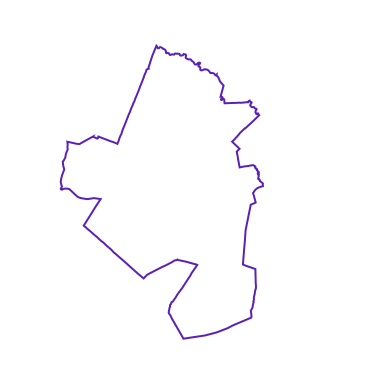 Traian Vuia, Timis, Romania (orthographic projection), rotated 49°
{"feature_id": "2599482B91559733005847", "entity_name": "Traian Vuia", "entity_type": "district", "adm_level": 2, "iso_a3": "ROU", "parent_name": "Romania", "parent_adm1": "Timis", "projection": "orthographic", "projection_center": [22.019, 45.79], "detail": "fine", "context": "isolated", "style": "outline", "palette": "violet", "viewbox_px": 384, "rotation_deg": 49, "n_neighbors": 0, "source": "geoboundaries", "source_scale": "gbopen_adm2", "svg_char_len": 5807}
<svg xmlns="http://www.w3.org/2000/svg" viewBox="0 0 384 384"><g transform="rotate(49 192 192)"><path d="M146.4,295.8L146.9,295.8L148.4,295.4L150.6,295.2L154.8,294.5L160.6,293.8L163.6,293.2L166.0,293.1L170.7,292.4L171.6,292.1L173.3,291.9L176.5,291.7L182.1,290.8L185.8,290.7L191.9,289.8L202.0,288.4L211.9,287.2L215.5,286.7L218.0,286.4L225.5,285.2L225.1,280.9L225.1,280.1L225.5,278.0L228.8,264.5L230.3,259.4L231.8,253.1L232.2,250.1L233.2,248.6L233.4,247.4L233.7,247.4L234.2,247.1L241.1,241.9L241.8,241.5L248.0,237.4L249.7,236.2L250.5,235.9L252.1,242.1L253.0,245.7L253.8,247.5L254.2,248.8L254.6,250.4L258.2,263.0L258.4,264.0L259.1,267.4L259.5,269.0L259.8,270.4L261.0,274.0L261.2,275.0L262.0,277.9L262.1,278.5L262.0,278.9L261.8,279.1L261.7,279.6L261.7,279.9L262.5,280.9L262.8,281.4L262.7,282.2L263.2,283.0L264.2,283.7L264.3,284.3L264.5,284.8L266.2,286.7L266.2,287.0L266.8,287.7L267.9,288.8L268.6,289.0L271.8,289.4L273.8,290.1L297.1,294.7L300.5,289.3L307.6,278.2L308.8,276.3L314.2,265.4L318.2,254.2L318.9,251.3L319.1,250.3L320.1,246.7L325.7,229.7L324.2,228.1L320.2,225.5L318.9,222.1L317.1,220.0L316.4,219.0L315.6,217.7L315.3,217.5L314.9,217.5L314.0,216.0L312.8,215.1L311.7,213.9L310.2,211.7L308.3,209.6L306.7,207.2L306.4,206.7L303.8,204.5L303.2,204.2L291.7,194.7L283.9,199.2L280.3,201.1L280.1,201.1L268.2,189.0L264.7,185.3L255.9,176.5L254.0,174.0L240.2,156.1L240.2,155.8L241.7,151.1L241.7,150.8L235.9,148.0L234.5,147.3L233.6,147.0L232.8,146.6L232.8,146.4L232.0,143.4L231.9,142.4L231.9,140.8L232.0,140.3L232.5,138.3L234.1,134.6L232.9,133.8L232.4,133.1L232.0,132.9L231.9,132.9L228.3,133.5L227.8,133.1L226.4,133.3L226.3,133.2L226.3,132.9L225.9,132.9L225.5,133.3L224.5,132.4L224.3,132.1L224.1,131.5L223.7,131.2L223.4,130.9L223.2,131.0L223.0,130.9L223.0,130.5L222.8,130.2L222.6,130.1L222.3,130.0L221.7,130.5L221.5,130.4L221.8,129.8L221.8,129.5L221.4,129.1L221.3,129.5L221.2,129.6L220.6,129.4L220.7,128.9L220.5,128.7L219.9,128.8L219.2,128.7L218.8,128.4L218.2,128.7L217.6,128.1L217.0,127.9L216.2,128.5L215.8,128.4L215.6,128.4L215.4,128.3L215.0,128.4L214.9,128.3L214.8,127.8L214.5,127.5L213.9,127.5L212.9,127.9L212.2,128.0L211.6,128.5L211.3,129.0L210.9,129.8L209.8,131.3L209.4,132.4L207.8,134.6L205.6,138.2L205.6,138.4L205.2,139.0L204.7,139.9L197.0,135.4L195.0,134.1L190.9,131.8L190.6,127.8L180.4,128.7L180.1,124.8L179.5,120.0L178.9,116.7L178.6,110.2L178.9,110.0L178.6,99.7L178.1,90.9L177.4,90.9L176.3,91.0L176.2,90.9L176.3,90.8L176.4,90.6L176.2,90.5L175.7,90.9L175.8,91.7L175.7,92.1L175.5,92.3L174.2,91.9L173.7,91.9L173.2,91.7L172.5,90.5L172.4,90.3L172.2,89.5L172.0,89.1L171.8,88.9L171.5,88.9L171.1,89.0L170.5,89.5L170.1,89.7L169.8,89.7L168.7,89.5L168.1,90.0L167.9,90.3L167.8,90.6L167.4,91.0L166.9,91.3L165.1,91.4L164.7,91.2L164.4,90.7L164.2,90.2L164.0,89.1L163.8,88.6L163.5,88.3L163.2,88.2L162.8,88.5L162.4,88.8L161.7,89.1L161.2,89.0L161.1,88.6L160.9,88.5L160.7,88.9L160.6,89.4L160.7,90.2L160.6,90.8L160.9,91.0L160.1,91.9L156.5,96.9L155.3,98.0L154.8,98.8L152.6,101.6L151.6,102.7L151.1,103.4L146.4,109.2L145.9,108.9L145.5,108.5L145.0,108.2L143.6,107.2L143.1,107.0L142.4,107.0L142.1,107.3L142.0,108.0L142.1,108.6L142.1,109.1L141.9,109.4L141.7,109.5L141.2,109.5L141.0,109.3L141.2,108.1L141.2,107.6L140.9,107.2L140.3,106.9L139.9,107.0L139.6,107.2L138.9,108.0L137.8,106.4L132.4,98.3L131.1,98.4L126.5,98.3L125.4,97.7L122.1,96.8L121.5,96.8L120.9,97.1L120.4,97.2L120.0,97.0L119.5,96.4L119.5,96.8L119.2,97.7L117.9,97.6L117.0,97.7L116.6,97.9L116.2,98.1L115.4,98.7L114.4,100.0L114.0,100.0L112.6,99.9L111.2,99.8L110.3,100.0L109.4,100.4L109.0,100.8L108.6,101.1L108.1,101.7L107.9,101.7L107.6,102.0L106.9,104.2L106.3,105.2L105.6,105.6L105.4,105.6L105.0,105.4L104.5,105.1L103.8,104.3L103.1,104.0L101.7,104.6L101.4,104.6L101.0,104.5L100.8,104.3L100.6,103.5L100.3,101.5L100.1,101.3L99.7,101.3L99.4,101.4L99.1,101.7L98.8,102.2L98.6,103.1L98.6,103.5L98.7,104.2L98.7,104.8L98.4,105.4L98.0,105.8L97.7,106.0L97.2,106.1L94.8,105.6L94.1,105.7L93.5,106.0L92.9,106.1L91.6,106.0L91.2,106.0L90.9,106.2L90.3,106.7L89.8,107.5L89.6,107.7L87.4,108.7L86.9,108.7L86.3,108.5L86.0,108.2L85.4,107.2L85.0,106.8L84.2,106.6L83.8,106.7L83.0,107.4L82.4,107.7L82.4,107.9L82.8,108.3L82.8,109.1L82.1,110.5L81.7,111.0L80.9,111.3L80.0,110.9L79.6,110.9L78.1,112.0L77.9,112.6L76.5,113.8L76.3,114.2L76.5,115.2L76.5,115.5L76.2,115.8L75.1,116.5L75.0,116.8L74.7,117.7L74.3,118.5L74.1,118.7L73.9,118.8L73.5,118.7L73.0,118.7L72.5,118.4L71.8,118.7L70.8,119.4L70.5,120.2L70.3,120.3L69.5,120.0L68.9,119.5L68.2,119.2L67.5,119.0L66.7,119.0L65.8,119.4L65.3,119.9L64.3,119.8L63.2,120.2L62.2,120.6L62.0,120.8L61.5,121.4L61.5,121.7L61.8,122.3L61.8,122.5L61.5,123.0L61.3,123.3L60.4,123.4L59.1,122.9L58.3,122.9L63.0,132.3L66.1,137.5L66.7,138.6L66.9,138.8L67.5,139.7L69.3,142.8L70.0,143.6L70.2,143.8L70.5,143.8L70.1,144.9L69.8,145.9L71.1,148.0L73.0,152.0L74.1,153.7L75.7,156.8L76.6,158.5L78.3,161.9L79.8,164.5L83.2,171.2L84.0,172.9L85.9,176.4L86.1,176.9L86.1,177.3L86.6,178.1L86.9,178.9L87.3,179.3L88.7,182.4L91.0,186.6L92.1,189.0L97.8,199.9L99.0,202.4L100.7,205.5L101.6,206.7L102.0,207.4L102.4,208.7L102.8,209.6L104.1,212.0L105.3,213.9L106.7,216.7L102.6,218.7L100.9,219.8L97.9,221.4L88.7,226.3L89.7,227.9L89.7,228.2L89.5,228.5L87.4,229.4L85.3,230.7L85.2,230.4L83.8,236.6L83.1,240.0L82.0,245.4L81.4,246.1L80.1,247.3L72.3,253.1L74.4,254.5L76.4,256.6L78.2,257.7L80.4,262.0L81.8,263.7L82.7,264.8L83.9,267.6L84.3,269.5L86.4,271.1L88.0,272.1L91.1,273.6L91.3,273.8L93.9,278.7L96.1,281.9L97.9,284.1L98.6,284.7L100.0,285.4L100.3,285.6L101.3,286.1L102.6,286.5L103.2,288.2L103.4,288.8L103.6,289.0L104.1,289.1L104.6,288.9L105.0,288.5L105.2,287.3L105.4,286.9L105.9,286.0L106.4,285.3L107.8,283.8L109.0,282.9L110.0,282.6L120.1,281.6L121.9,280.9L123.8,279.8L127.9,276.4L129.0,275.3L132.2,270.1L137.4,265.6L140.0,274.9L142.9,284.3L146.4,295.8Z" fill="none" stroke="#5b21b6" stroke-width="2"/></g></svg>